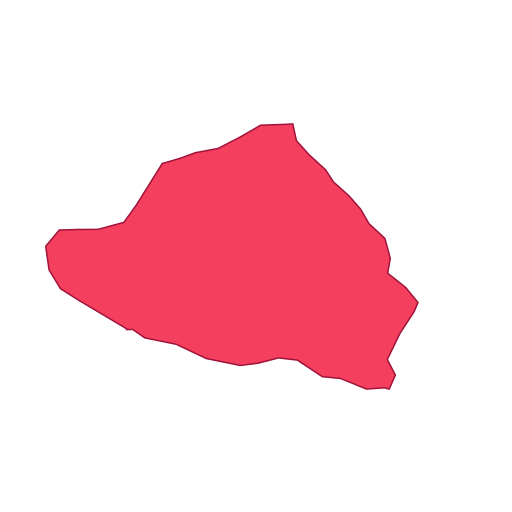 outline of Ljusnarsberg, Orebro, Sweden, rotated 302°
{"feature_id": "70781695B35702082689476", "entity_name": "Ljusnarsberg", "entity_type": "district", "adm_level": 2, "iso_a3": "SWE", "parent_name": "Sweden", "parent_adm1": "Orebro", "projection": "orthographic", "projection_center": [15.001, 59.953], "detail": "fine", "context": "isolated", "style": "filled", "palette": "rose", "viewbox_px": 512, "rotation_deg": 302, "n_neighbors": 0, "source": "geoboundaries", "source_scale": "gbopen_adm2", "svg_char_len": 779}
<svg xmlns="http://www.w3.org/2000/svg" viewBox="0 0 512 512"><g transform="rotate(302 256 256)"><path d="M125.0,185.2L128.4,190.4L127.6,205.0L138.8,235.0L142.7,268.2L154.8,300.6L166.1,314.5L181.5,329.1L189.6,346.2L188.8,376.2L196.9,392.5L201.7,420.2L212.3,434.8L213.7,439.5L228.9,437.3L237.8,422.2L267.0,419.1L292.5,419.6L302.4,418.0L308.6,399.7L311.2,376.8L325.2,371.1L339.2,356.0L343.3,334.7L351.1,320.1L356.2,303.4L359.8,282.7L366.0,269.2L370.0,247.4L375.2,229.2L387.5,217.2L383.6,211.7L369.4,190.6L348.3,179.4L327.1,166.8L312.7,151.2L311.6,149.9L298.9,140.1L284.8,127.5L260.9,127.5L235.6,127.5L214.5,126.1L194.8,107.8L185.0,92.3L173.8,75.4L152.8,72.5L134.5,87.9L124.6,107.6L124.5,130.1L125.7,185.0L125.0,185.2Z" fill="#f43f5e" stroke="#9f1239" stroke-width="1.5"/></g></svg>